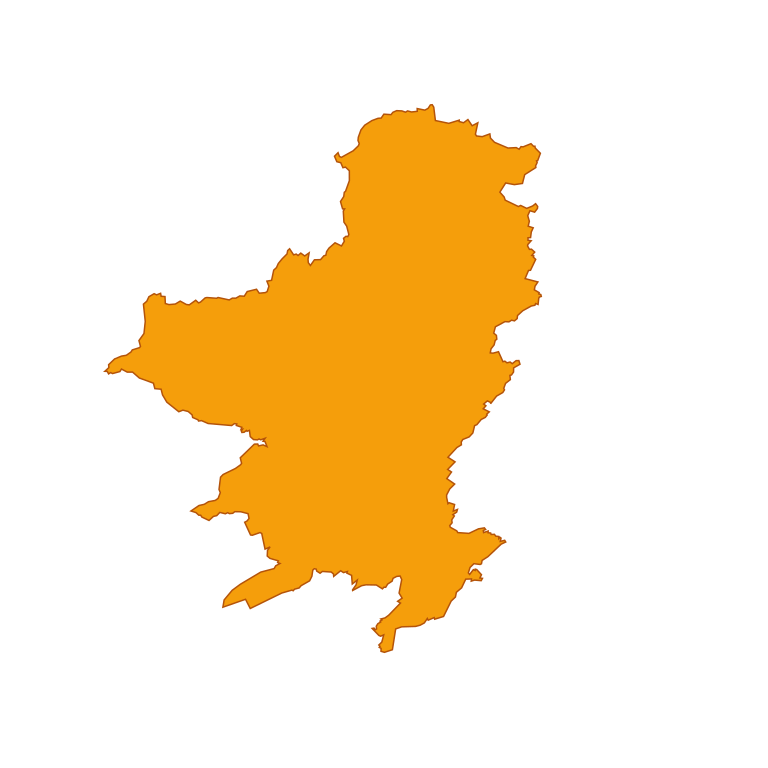 the district of Zacatlán, Puebla, Mexico, rotated 238°
{"feature_id": "50627088B88871832533986", "entity_name": "Zacatlán", "entity_type": "district", "adm_level": 2, "iso_a3": "MEX", "parent_name": "Mexico", "parent_adm1": "Puebla", "projection": "equal_earth", "projection_center": [-98.008, 19.961], "detail": "fine", "context": "isolated", "style": "filled", "palette": "amber", "viewbox_px": 768, "rotation_deg": 238, "n_neighbors": 0, "source": "geoboundaries", "source_scale": "gbopen_adm2", "svg_char_len": 6159}
<svg xmlns="http://www.w3.org/2000/svg" viewBox="0 0 768 768"><g transform="rotate(238 384 384)"><path d="M165.7,362.2L167.0,364.5L168.7,362.5L170.6,365.6L177.5,364.3L178.6,363.3L177.6,362.5L179.2,361.4L177.1,355.7L179.1,355.4L182.8,359.7L184.0,365.0L180.0,369.9L179.9,371.4L182.4,373.7L182.5,380.6L186.1,398.5L185.5,403.5L187.5,403.5L188.9,399.2L191.3,401.6L192.6,401.1L192.1,399.5L193.9,400.5L195.8,398.1L198.0,398.0L199.6,395.1L201.1,395.5L202.7,393.4L204.1,394.4L205.2,389.7L207.2,390.6L206.8,393.1L208.8,392.9L211.1,387.4L212.3,376.9L218.9,367.8L220.9,367.9L227.4,364.3L229.1,364.7L230.2,368.2L232.9,369.5L234.8,373.7L236.7,373.1L236.8,377.7L238.7,379.8L239.5,375.4L244.4,380.0L248.8,376.3L248.6,374.8L254.6,377.0L256.7,378.3L260.2,384.2L261.7,390.9L270.5,387.1L273.6,394.6L277.8,392.7L280.3,403.0L288.0,399.4L291.5,412.2L291.4,417.4L293.9,418.8L295.2,421.4L294.0,428.2L295.4,433.4L300.7,438.8L300.3,441.2L302.4,447.6L302.0,452.2L303.0,455.0L304.0,455.1L304.6,458.5L310.4,455.0L311.5,458.9L314.2,457.9L314.9,462.7L311.7,464.7L310.8,463.9L314.1,473.1L313.8,480.2L315.2,483.1L316.8,483.2L320.1,487.4L320.8,493.5L324.6,495.3L324.1,496.9L325.5,500.2L329.0,502.5L328.7,509.8L332.4,510.8L333.8,508.4L333.3,503.5L335.8,502.6L336.8,499.5L339.3,498.6L339.9,496.7L350.7,498.2L352.4,492.7L354.1,490.6L357.1,493.4L358.8,498.1L362.0,501.4L362.2,503.4L365.7,505.1L369.0,504.0L373.5,508.8L372.8,519.6L370.5,522.9L370.5,526.0L368.4,528.1L368.9,531.6L371.3,533.5L372.6,540.5L372.1,550.2L370.8,553.7L371.9,555.2L369.8,556.8L374.6,560.6L375.4,561.8L374.9,563.8L376.8,564.4L378.4,563.0L379.3,564.0L384.2,561.4L386.9,563.9L389.0,568.6L398.6,559.5L403.7,566.7L402.8,568.5L409.3,578.7L412.4,577.9L413.3,578.9L414.7,577.5L416.0,581.7L420.2,580.5L421.1,578.7L425.0,578.9L426.1,579.9L427.5,584.7L429.6,582.3L431.7,583.6L430.5,585.9L434.9,589.5L437.4,593.3L441.4,589.9L445.0,593.5L450.6,595.1L453.6,599.6L449.9,602.8L451.5,607.1L453.1,608.4L456.6,608.1L456.2,604.4L457.3,598.1L463.0,594.5L463.3,592.0L475.7,584.2L478.9,585.0L485.3,583.9L490.0,593.7L484.0,600.2L480.7,607.7L487.0,614.3L487.1,627.5L488.7,628.2L490.6,631.2L492.4,631.6L492.0,632.7L496.8,638.9L504.0,637.3L505.7,638.0L506.3,636.8L509.9,636.0L511.4,627.6L512.7,626.0L511.5,623.0L514.4,621.4L518.4,614.2L530.4,605.8L536.1,604.6L540.0,606.3L541.7,598.4L545.3,593.9L547.4,593.9L555.8,602.0L556.3,595.6L563.8,595.3L563.4,589.9L566.8,586.8L567.9,587.6L570.7,577.1L580.2,567.2L592.4,572.9L595.3,572.9L596.1,571.2L594.4,567.5L594.6,563.8L600.0,558.1L597.6,556.7L600.1,551.5L603.1,548.7L603.1,546.3L606.1,543.9L609.1,539.6L609.7,535.5L608.7,532.7L612.9,526.9L611.0,522.5L612.5,519.7L613.8,513.3L613.7,504.8L611.7,499.1L606.9,493.0L604.3,491.0L601.0,490.4L599.6,488.5L598.1,481.4L598.8,467.9L600.6,466.8L604.5,467.6L603.4,462.7L597.5,461.8L594.6,464.6L589.2,463.8L588.3,466.3L583.2,467.6L574.8,462.4L567.8,453.5L567.6,451.9L564.3,449.2L561.8,443.8L554.5,441.7L553.4,443.4L552.2,441.1L542.5,435.8L537.6,436.0L529.4,433.4L528.2,431.4L529.4,430.0L529.0,426.9L526.1,426.0L523.6,421.1L529.7,417.3L528.4,409.3L526.7,405.5L524.0,402.9L524.6,401.0L523.1,396.1L526.2,390.8L523.5,384.4L527.0,384.1L530.1,385.7L534.9,390.0L534.6,384.6L539.1,382.8L538.5,379.2L540.7,378.4L541.4,375.8L548.7,375.6L548.2,373.0L545.7,370.7L544.1,363.8L542.2,358.2L539.7,354.5L539.0,350.8L531.5,343.6L533.3,339.2L527.9,338.2L524.3,333.9L524.4,331.8L527.1,326.3L531.9,326.1L534.9,317.0L532.5,312.0L535.1,308.4L535.3,303.8L537.2,300.9L537.3,297.3L545.3,289.1L545.4,287.5L551.2,279.6L551.8,277.9L550.7,271.7L551.1,269.7L554.8,268.7L554.3,260.8L556.2,258.5L562.3,255.1L562.4,249.4L565.3,243.7L568.1,241.2L574.2,244.6L576.5,241.5L579.3,242.6L580.1,238.4L582.4,236.9L582.6,230.9L579.9,226.7L579.2,222.3L563.6,214.7L554.0,207.2L550.7,199.2L544.9,197.4L544.4,195.9L546.3,188.6L545.2,186.3L544.9,180.7L546.8,176.1L548.0,168.8L546.3,160.7L543.7,159.3L542.7,154.0L541.3,156.0L538.5,155.8L538.5,158.3L536.7,159.3L534.5,166.6L535.8,169.3L530.2,172.5L527.3,177.1L518.7,179.7L506.9,188.9L501.5,187.2L497.7,192.2L492.1,190.4L483.7,190.2L469.2,195.3L468.4,199.6L464.4,203.4L459.5,204.9L457.0,204.0L452.2,207.3L450.9,207.1L449.6,209.9L443.7,213.9L429.5,232.8L429.7,236.1L428.1,238.0L427.1,236.8L422.6,240.5L421.2,238.6L420.6,240.1L419.8,238.1L418.2,237.8L417.2,239.8L417.5,242.7L416.5,242.8L416.0,245.3L410.3,242.7L406.0,243.9L403.7,247.1L403.6,248.9L402.0,249.9L401.0,254.4L399.6,251.1L398.3,252.6L392.9,251.6L396.4,249.2L398.0,244.8L400.0,245.1L401.7,242.2L397.6,223.0L392.2,221.2L391.5,219.6L391.1,213.2L392.5,199.6L391.6,196.0L382.0,188.2L378.6,187.6L374.9,182.7L374.7,179.2L377.2,172.8L377.2,167.9L379.0,162.7L378.6,153.0L374.6,156.4L370.9,157.4L369.9,159.0L367.7,159.0L361.0,163.3L362.1,169.2L361.0,172.4L362.1,176.7L358.0,180.7L357.7,183.3L356.0,184.2L354.5,187.2L354.8,189.8L351.5,194.9L346.1,200.0L341.5,198.3L340.4,195.2L340.6,192.6L326.7,190.8L325.5,192.2L323.7,200.2L322.0,201.1L307.0,195.6L306.2,201.1L304.7,197.1L300.0,193.8L296.5,194.9L290.0,200.7L289.0,199.2L286.9,200.7L287.2,195.8L285.7,193.0L289.8,179.8L290.3,156.1L289.5,145.9L285.6,134.0L280.1,129.1L274.8,152.5L264.5,151.6L260.9,186.5L258.0,196.7L256.8,197.4L257.4,199.4L256.0,204.0L256.9,206.8L256.5,216.6L259.2,221.0L263.9,225.0L264.3,227.0L262.9,228.4L261.0,227.8L257.4,229.5L257.7,232.4L252.5,239.6L249.7,240.5L247.5,239.4L248.6,248.3L245.5,249.7L244.4,253.6L243.3,252.3L238.9,255.1L231.2,251.1L231.9,257.4L228.5,253.9L226.1,248.3L225.5,248.0L224.8,258.2L223.2,262.4L217.6,271.0L211.1,274.1L211.7,276.3L210.7,277.7L212.4,281.1L212.5,286.4L214.4,288.7L214.1,292.8L212.6,295.9L208.8,295.4L198.7,286.0L192.8,285.9L192.5,280.4L189.5,281.9L185.4,265.3L185.1,260.9L186.4,256.8L185.0,257.2L185.0,255.0L183.9,255.0L184.0,251.8L182.7,249.1L180.2,247.9L180.3,246.3L182.3,246.2L183.0,244.4L173.5,246.4L171.9,247.5L171.4,250.8L166.3,245.4L165.4,241.3L163.7,241.6L163.2,240.4L161.3,241.4L158.9,239.8L156.2,242.2L154.2,250.3L170.1,264.1L168.7,270.3L161.7,282.3L160.3,286.8L160.0,291.6L162.2,296.5L160.3,296.3L159.3,302.8L157.7,302.3L155.3,311.3L164.3,325.9L165.5,331.7L169.0,335.0L170.0,341.8L175.2,349.9L172.3,354.9L170.6,353.5L169.7,356.9L165.7,362.2Z" fill="#f59e0b" stroke="#b45309" stroke-width="1.5"/></g></svg>